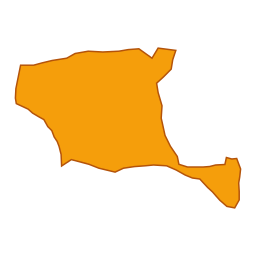 Peristerona Ammochostou, Cyprus (Natural Earth projection)
{"feature_id": "46923920B99720560567436", "entity_name": "Peristerona Ammochostou", "entity_type": "district", "adm_level": 2, "iso_a3": "CYP", "parent_name": "Cyprus", "parent_adm1": "", "projection": "natural_earth1", "projection_center": [33.768, 35.199], "detail": "fine", "context": "isolated", "style": "filled", "palette": "amber", "viewbox_px": 256, "rotation_deg": 0, "n_neighbors": 0, "source": "geoboundaries", "source_scale": "gbopen_adm2", "svg_char_len": 973}
<svg xmlns="http://www.w3.org/2000/svg" viewBox="0 0 256 256"><path d="M15.9,88.6L15.4,98.1L16.3,103.6L28.1,109.1L32.6,113.1L38.5,116.6L43.9,119.6L47.8,126.6L51.8,130.6L54.2,137.0L57.2,141.5L59.1,146.5L61.1,154.5L61.6,166.0L71.3,159.6L89.0,164.3L98.9,168.2L115.1,172.1L123.5,168.2L134.3,166.6L145.1,165.8L153.5,165.0L166.6,165.8L176.2,170.0L185.1,175.0L192.4,178.0L199.8,179.0L207.7,187.5L212.6,192.0L216.5,196.5L220.0,200.4L226.9,206.4L234.7,207.9L239.2,199.9L239.2,191.5L238.7,183.0L239.7,177.0L240.6,169.0L236.7,158.5L231.8,159.0L226.4,157.5L224.9,164.5L215.6,165.0L209.7,166.5L203.3,167.0L196.4,167.0L187.5,167.0L178.9,164.3L177.3,156.5L170.4,146.3L165.0,135.4L162.2,122.6L161.2,118.2L162.0,105.8L158.1,92.5L156.6,83.2L163.5,76.9L171.2,69.1L172.7,59.8L175.8,50.4L158.1,48.1L152.0,58.2L138.9,48.8L128.2,49.6L118.9,51.2L102.8,52.0L88.2,51.2L75.1,53.5L66.7,58.2L52.1,60.5L42.1,62.9L33.6,65.2L20.6,65.2L15.9,88.6Z" fill="#f59e0b" stroke="#b45309" stroke-width="1.5"/></svg>